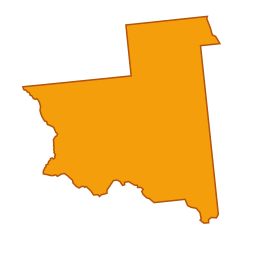 outline of Gunnison, Colorado, United States of America, rotated 174°
{"feature_id": "52423323B98763981234957", "entity_name": "Gunnison", "entity_type": "district", "adm_level": 2, "iso_a3": "USA", "parent_name": "United States of America", "parent_adm1": "Colorado", "projection": "mercator", "projection_center": [-106.65, 38.702], "detail": "fine", "context": "isolated", "style": "filled", "palette": "amber", "viewbox_px": 256, "rotation_deg": 174, "n_neighbors": 0, "source": "geoboundaries", "source_scale": "gbopen_adm2", "svg_char_len": 1835}
<svg xmlns="http://www.w3.org/2000/svg" viewBox="0 0 256 256"><g transform="rotate(174 128 128)"><path d="M47.2,134.6L47.3,202.3L27.8,202.3L31.2,209.8L34.5,211.9L35.6,218.7L38.3,228.7L37.4,230.7L119.3,230.7L119.4,179.5L154.0,179.6L228.2,180.0L228.0,178.9L227.9,177.8L227.3,176.7L225.8,176.5L224.0,174.1L222.9,173.7L222.1,172.4L221.9,170.8L220.4,170.2L219.5,168.6L219.0,167.1L218.0,166.7L217.4,166.3L216.4,166.4L215.9,166.8L215.4,166.4L215.0,166.0L213.7,163.7L212.7,158.8L213.7,154.5L212.9,150.1L211.9,147.2L210.3,143.7L208.3,142.9L207.8,139.9L205.0,138.5L201.9,136.5L200.2,131.2L198.7,129.6L199.7,127.5L201.1,127.1L203.3,124.4L203.5,120.5L203.5,118.8L203.9,118.2L203.6,117.1L203.5,116.2L203.8,115.6L204.0,114.7L204.0,113.9L203.8,112.5L204.2,111.8L204.0,110.8L203.6,110.2L203.4,109.7L202.9,109.1L203.2,108.1L203.9,107.6L203.8,106.4L204.2,105.7L204.6,105.3L205.2,105.0L205.5,105.2L206.5,106.1L207.5,106.0L208.1,105.8L208.5,105.3L208.5,104.7L209.1,103.9L209.6,103.5L210.3,103.2L210.7,102.3L211.1,101.5L211.1,101.0L211.5,100.4L212.1,100.2L213.2,100.0L213.5,99.5L213.4,98.5L214.0,97.7L215.0,97.0L215.3,96.3L216.8,93.8L217.0,91.2L214.2,90.4L211.7,89.5L209.5,88.7L207.1,88.5L205.0,89.0L203.8,88.2L203.5,87.4L201.2,88.0L199.6,89.1L196.0,89.4L193.1,86.9L190.8,84.2L188.6,81.8L188.5,79.2L185.6,75.4L182.9,73.5L180.1,74.7L178.8,74.7L177.6,74.2L177.3,73.6L175.6,74.1L171.7,69.6L169.2,65.0L164.9,64.8L163.5,62.9L161.3,64.4L155.7,65.3L155.4,68.4L148.1,77.2L144.4,77.4L141.6,75.6L139.4,71.5L137.3,71.9L137.1,74.3L133.0,74.7L127.5,70.5L124.6,70.0L124.7,67.9L121.2,67.5L119.2,65.4L121.0,63.6L119.9,60.3L116.7,56.6L114.2,55.6L109.9,51.1L78.7,51.1L76.8,44.6L73.5,42.5L68.5,41.0L65.3,36.4L64.7,30.2L65.9,28.8L62.5,25.5L57.7,25.3L57.4,28.5L54.4,30.3L49.5,29.4L47.2,32.7L47.2,131.0L47.2,134.6Z" fill="#f59e0b" stroke="#b45309" stroke-width="1.5"/></g></svg>